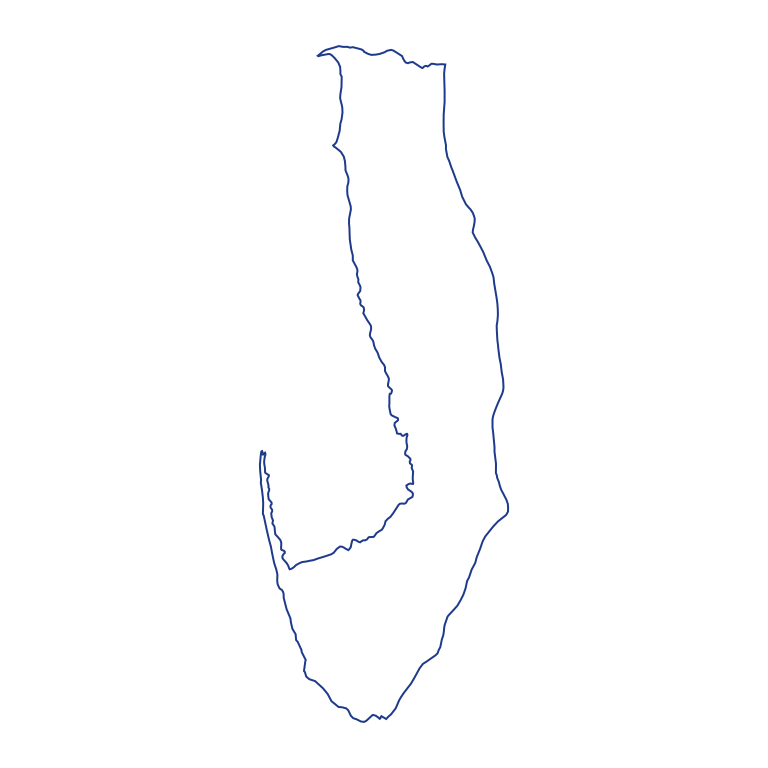 outline of Palmar, Santander, Colombia
{"feature_id": "7082276B88834330178766", "entity_name": "Palmar", "entity_type": "district", "adm_level": 2, "iso_a3": "COL", "parent_name": "Colombia", "parent_adm1": "Santander", "projection": "equal_earth", "projection_center": [-73.294, 6.526], "detail": "fine", "context": "isolated", "style": "outline", "palette": "blue", "viewbox_px": 768, "rotation_deg": 0, "n_neighbors": 0, "source": "geoboundaries", "source_scale": "gbopen_adm2", "svg_char_len": 6065}
<svg xmlns="http://www.w3.org/2000/svg" viewBox="0 0 768 768"><path d="M445.3,64.5L441.9,64.2L436.8,64.5L433.1,63.8L431.3,63.8L430.2,64.8L427.7,66.5L426.3,65.9L425.0,66.1L423.9,66.7L422.6,68.0L421.5,67.7L412.8,62.0L409.6,62.5L408.0,63.2L405.9,62.6L404.7,61.3L403.1,58.6L402.1,56.1L399.0,54.1L393.5,50.6L391.2,49.9L387.2,50.7L384.4,52.3L380.1,53.8L376.0,54.6L371.4,54.9L368.1,53.9L364.1,51.8L363.6,50.8L361.6,49.5L359.2,48.8L353.0,47.2L349.9,47.6L347.6,46.9L343.1,46.9L338.9,46.1L333.7,47.7L325.9,49.9L322.8,51.6L320.9,53.3L317.8,55.8L318.4,56.2L321.0,55.4L327.8,54.1L329.4,54.0L331.4,54.9L334.6,58.0L338.4,62.7L339.4,65.3L340.1,66.7L340.4,70.7L340.4,74.0L341.7,76.8L341.5,86.9L340.4,94.2L340.1,98.0L340.9,101.6L342.0,105.9L342.3,108.0L342.5,112.6L341.6,119.2L340.3,123.9L339.7,130.6L337.7,138.2L336.3,142.3L334.6,144.3L333.2,145.4L333.7,146.3L335.8,147.7L340.8,151.8L343.8,156.6L344.9,161.1L345.4,166.3L345.5,170.4L347.7,175.8L348.5,178.8L348.4,182.3L347.3,186.5L347.2,191.1L347.5,195.2L350.7,206.3L350.9,209.4L349.1,218.7L349.0,223.6L349.4,227.6L349.8,239.4L351.3,249.7L352.8,255.5L352.8,260.4L354.4,263.4L356.4,267.1L357.4,269.8L357.4,271.8L356.9,274.1L357.3,276.4L358.4,279.3L358.2,282.2L360.0,285.7L360.5,287.3L360.2,291.0L357.9,294.1L357.6,295.1L359.5,298.9L360.5,300.3L360.5,302.1L360.2,303.8L361.0,305.4L362.5,306.3L363.7,307.5L364.1,309.8L363.7,311.9L363.3,313.2L367.2,320.1L370.5,325.0L371.1,326.8L371.1,329.2L370.2,333.0L369.9,334.8L369.9,335.6L370.5,337.3L372.3,339.7L373.3,341.6L374.1,345.5L375.1,348.5L377.5,352.5L378.5,355.2L379.0,357.1L381.7,362.0L384.0,364.8L385.0,367.2L385.0,371.1L386.5,374.0L387.6,375.7L388.3,377.3L388.8,378.2L388.8,380.2L388.3,383.0L388.0,384.0L388.0,386.0L389.6,387.8L391.4,389.3L392.0,390.4L391.5,392.6L390.9,393.7L389.8,393.8L389.4,396.0L389.4,403.3L389.2,406.4L389.7,409.6L390.6,414.0L391.6,415.3L395.8,417.4L397.7,418.1L398.1,419.3L397.8,420.5L396.1,421.8L394.7,423.1L394.4,425.4L395.2,427.2L395.9,429.0L396.7,431.8L397.0,433.4L399.2,433.9L400.6,433.8L402.1,435.7L403.4,435.8L406.4,433.9L407.1,433.9L407.5,434.8L406.6,437.7L406.4,440.8L406.6,443.4L407.2,445.9L407.1,447.7L406.7,449.5L405.6,450.9L405.1,453.0L405.3,454.6L406.8,455.7L407.8,456.2L410.3,458.7L410.5,460.2L409.7,461.4L410.0,463.4L411.6,464.6L412.1,465.4L411.7,468.0L413.1,471.4L412.7,478.7L413.2,483.0L412.9,484.0L410.3,483.5L408.5,484.1L406.4,485.5L406.7,487.4L408.0,489.4L411.0,491.4L412.1,492.3L412.9,493.7L412.9,495.1L412.4,496.9L407.9,499.5L406.0,502.8L404.6,503.7L401.7,503.5L399.8,503.8L398.5,505.0L393.2,513.2L390.4,516.9L388.3,518.4L385.6,521.1L384.6,524.9L382.7,528.5L381.7,529.8L379.2,531.2L376.4,533.2L374.8,535.6L373.6,536.9L369.6,537.1L368.6,537.3L367.0,539.4L365.0,540.4L363.1,540.3L361.1,541.5L360.2,542.3L358.9,542.0L356.3,540.4L354.5,539.8L353.0,539.7L352.2,540.6L351.3,544.3L350.8,547.0L349.6,548.8L348.4,550.1L345.9,548.9L343.8,547.5L341.7,546.6L339.9,546.6L336.7,549.0L333.7,552.8L331.0,554.4L323.6,556.8L317.9,558.5L313.6,560.1L310.0,560.7L306.9,561.4L301.9,562.1L298.6,563.6L296.0,565.1L294.0,567.1L291.8,568.6L289.7,569.3L288.9,567.8L288.5,566.3L287.1,563.7L285.1,561.3L283.5,559.6L282.7,558.5L282.3,557.3L282.6,555.6L283.8,553.8L284.8,552.9L284.8,551.7L284.0,550.8L281.6,549.9L281.1,549.2L281.1,547.5L281.3,543.1L280.9,541.5L280.1,539.7L277.8,537.0L275.3,534.3L274.8,530.4L274.7,528.3L274.3,526.3L272.4,523.5L273.0,520.4L271.7,517.3L271.4,514.8L271.2,513.3L272.1,511.6L272.2,510.1L271.4,508.6L270.7,507.8L270.4,506.5L270.7,505.2L271.6,504.2L271.6,502.6L268.7,499.2L268.4,497.2L268.2,495.1L268.1,493.3L269.2,490.1L269.2,488.8L268.4,487.4L268.5,485.4L267.2,480.3L267.4,478.8L268.7,476.5L268.9,475.2L267.2,474.1L265.7,473.2L265.1,472.5L264.9,467.5L264.4,465.0L264.1,461.9L264.3,460.1L264.7,457.0L265.4,454.8L265.4,453.8L265.0,452.7L264.1,453.3L263.3,454.5L262.6,454.5L262.1,454.1L262.2,452.8L262.4,451.9L262.1,451.1L261.3,451.5L260.6,456.9L259.9,464.9L260.2,471.2L261.1,480.2L260.8,482.6L262.0,490.2L262.9,497.9L263.2,503.3L262.9,514.1L263.7,515.6L267.0,531.0L269.0,539.6L270.9,546.6L272.4,554.7L274.2,563.1L276.4,569.9L277.4,574.6L277.2,580.9L277.7,584.5L279.6,588.5L281.8,589.9L282.9,591.5L283.6,593.7L283.7,597.8L286.6,609.2L290.4,618.3L291.0,622.8L292.4,628.8L295.6,634.2L296.1,640.0L297.8,642.0L299.6,646.0L301.4,649.8L301.7,652.0L305.2,659.0L305.7,659.8L305.2,662.1L304.0,671.0L304.9,672.1L306.2,676.5L309.3,679.2L315.1,681.1L322.9,688.2L327.6,693.9L331.5,701.2L338.6,707.0L341.6,707.2L346.1,708.3L348.2,710.2L351.0,716.0L353.3,718.2L356.6,719.3L360.9,721.5L364.1,721.9L366.3,720.8L372.5,715.1L372.9,714.9L375.8,715.7L378.1,717.4L379.6,718.8L380.3,718.5L380.7,717.1L381.4,716.2L386.2,719.0L388.5,716.5L390.9,714.5L395.6,708.5L399.3,700.0L401.2,696.8L403.9,692.8L411.0,683.6L414.4,677.8L419.6,668.3L422.9,663.9L426.2,661.8L435.5,655.3L437.5,653.4L438.8,649.9L440.3,647.1L441.8,639.7L443.3,635.2L443.8,631.9L444.2,627.6L444.7,624.9L447.6,616.5L449.6,614.2L451.7,612.0L457.3,605.8L460.7,600.0L463.4,594.6L465.6,588.2L467.1,581.0L469.0,577.5L471.7,569.5L475.2,563.0L476.8,557.0L480.1,548.8L482.6,541.5L485.2,536.5L493.3,526.4L498.1,521.3L506.2,514.9L508.0,511.6L508.1,507.4L507.8,503.8L506.4,499.8L503.2,493.5L501.3,490.0L499.9,486.1L498.8,481.8L497.2,477.9L496.8,475.3L495.9,473.0L496.0,463.7L494.5,451.7L494.5,446.9L493.2,433.1L492.5,427.2L492.5,419.3L493.1,416.3L494.0,413.2L496.0,407.9L498.1,402.8L502.3,393.4L503.1,390.5L503.5,387.4L503.1,379.5L501.7,372.1L500.8,364.3L499.5,358.0L498.3,348.4L498.0,345.0L497.4,340.5L496.8,330.3L496.7,325.4L497.4,321.2L497.9,315.3L497.8,309.6L497.4,303.7L496.7,298.5L494.2,283.5L493.5,277.2L492.3,273.3L490.0,267.0L486.5,260.1L483.3,252.2L480.2,246.2L477.6,241.5L475.1,237.4L472.7,232.5L473.0,229.7L474.0,225.4L474.7,221.0L474.7,218.4L473.8,215.5L472.9,213.1L471.8,211.3L470.4,209.3L468.3,207.1L465.9,204.2L462.3,197.0L460.8,192.2L460.3,190.3L456.8,181.9L452.8,171.0L451.3,167.3L449.2,161.0L447.4,157.0L445.9,148.9L446.0,145.4L444.4,137.0L443.7,131.6L443.6,122.8L443.7,114.2L444.6,101.9L444.6,90.8L444.1,73.9L444.5,69.5L445.1,65.5L445.3,64.5Z" fill="none" stroke="#1e3a8a" stroke-width="2"/></svg>